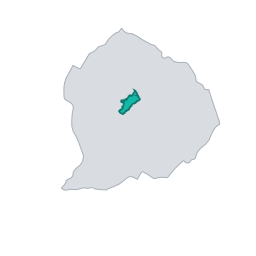 Mhondoro-Ngezi, Mashonaland West, Zimbabwe shown in context, rotated 299°
{"feature_id": "62879985B70697135902781", "entity_name": "Mhondoro-Ngezi", "entity_type": "district", "adm_level": 2, "iso_a3": "ZWE", "parent_name": "Zimbabwe", "parent_adm1": "Mashonaland West", "projection": "mercator", "projection_center": [30.094, -18.569], "detail": "fine", "context": "in_parent", "style": "filled", "palette": "teal", "viewbox_px": 256, "rotation_deg": 299, "n_neighbors": 0, "source": "geoboundaries", "source_scale": "gbopen_adm2", "svg_char_len": 5496}
<svg xmlns="http://www.w3.org/2000/svg" viewBox="0 0 256 256"><g transform="rotate(299 128 128)"><path d="M175.6,206.4L173.6,205.1L170.9,204.2L167.5,203.8L163.0,204.0L157.5,204.7L151.6,203.8L145.3,201.3L140.0,200.4L133.7,201.5L132.4,200.6L130.7,198.8L127.8,198.5L127.0,198.0L126.4,197.3L126.0,196.5L125.8,195.5L126.3,192.4L126.0,192.1L125.3,191.7L123.7,191.4L119.9,190.0L115.2,188.7L107.5,187.2L104.5,186.8L103.9,186.4L103.0,185.3L101.5,181.8L100.1,179.5L96.8,176.0L96.3,174.9L96.5,172.0L96.7,169.8L97.1,167.9L96.9,166.1L96.9,163.8L97.0,162.3L96.5,161.7L95.3,161.2L91.9,161.0L87.8,161.1L87.6,158.9L87.3,155.4L86.5,153.3L85.5,152.3L83.6,151.2L79.8,149.7L74.6,147.4L70.1,144.1L65.0,139.9L63.4,139.2L61.5,135.3L58.6,128.6L58.8,126.3L58.4,125.3L55.6,122.0L55.0,120.3L54.5,118.6L50.0,113.8L48.5,111.7L47.3,109.0L46.2,106.8L45.2,106.0L44.0,104.5L43.1,102.8L42.7,101.6L43.0,99.9L43.4,98.8L47.7,100.0L50.0,100.1L51.8,99.5L54.0,100.3L56.7,102.5L59.6,102.9L62.8,101.5L67.0,101.9L72.4,104.1L76.8,104.5L82.1,102.6L86.8,97.3L91.2,92.3L95.6,86.6L98.2,82.0L102.1,78.2L107.1,75.3L112.3,72.8L120.2,69.9L121.8,67.4L122.3,64.7L122.3,61.0L122.7,58.5L123.6,57.4L124.9,56.6L126.6,55.5L131.8,52.6L136.2,50.8L141.5,49.6L147.3,49.6L152.9,49.6L156.1,49.6L156.1,53.2L156.4,57.2L157.0,57.6L161.2,57.7L168.0,58.0L174.5,58.2L178.7,61.2L180.1,61.8L184.4,62.6L189.9,67.5L196.6,68.0L201.2,69.5L205.2,71.2L207.5,73.2L209.0,73.6L211.0,73.8L212.0,74.0L211.8,75.4L210.5,77.9L210.6,81.4L212.5,86.3L212.7,90.6L212.2,98.2L212.2,105.5L212.4,108.1L212.7,109.8L213.1,110.8L213.0,111.9L211.9,114.9L211.0,118.2L211.0,119.5L210.6,120.4L210.0,121.2L207.1,122.7L206.6,123.6L206.6,125.3L207.0,126.7L208.0,127.2L209.4,128.0L209.9,129.1L209.9,130.2L209.5,132.3L208.3,135.7L209.5,139.6L210.8,142.2L212.6,145.2L213.3,147.0L213.3,148.3L213.0,149.6L210.3,155.0L208.4,158.4L206.0,162.0L202.8,164.3L202.0,165.4L201.7,166.6L201.8,169.3L201.7,172.2L199.0,176.6L200.7,180.3L200.3,180.7L199.4,181.2L195.5,185.5L191.6,189.8L188.7,192.9L185.5,196.5L181.8,200.5L178.7,204.0L175.6,206.4Z" fill="#d9dde1" stroke="#a8b0b8" stroke-width="1"/><path d="M148.2,108.8L147.4,109.5L147.9,110.1L147.7,110.5L148.0,110.6L147.6,111.5L147.5,112.0L147.7,112.3L147.4,112.3L147.2,112.5L146.6,112.5L146.2,113.0L145.3,113.2L144.0,112.4L143.8,112.5L143.7,113.1L143.7,113.4L143.6,113.7L143.4,113.8L143.3,113.7L143.1,113.7L142.9,113.7L142.7,113.5L142.4,113.3L142.2,113.4L142.2,113.2L141.7,113.1L141.4,113.0L141.2,113.1L141.1,112.9L140.6,112.8L140.4,112.8L140.4,112.7L140.0,112.6L140.0,112.4L139.9,112.4L139.6,112.4L139.6,112.5L139.5,112.4L139.5,112.2L139.4,112.2L139.2,112.1L138.9,112.0L138.7,112.0L138.3,112.2L138.2,112.1L138.1,112.3L137.8,112.9L137.8,113.2L137.9,113.4L137.8,113.5L137.7,113.7L137.7,113.8L137.4,114.0L137.5,114.2L137.6,114.5L137.6,114.8L137.6,115.1L137.6,115.4L137.6,115.6L137.4,115.8L137.5,116.4L137.6,116.7L137.6,116.8L137.7,117.0L137.8,117.0L138.0,117.1L138.1,116.9L138.4,116.9L138.6,116.9L138.9,117.2L139.0,117.4L139.3,117.6L139.5,117.8L139.6,117.7L139.7,117.8L139.8,117.8L140.0,117.5L140.3,117.7L140.6,117.7L140.8,117.7L141.0,117.8L141.3,117.7L141.5,117.7L141.6,117.9L141.6,118.1L141.6,118.4L141.8,118.5L142.1,118.3L142.2,118.2L142.5,118.1L142.5,118.3L142.6,118.5L142.8,118.6L143.0,118.6L143.0,118.8L143.1,119.1L143.3,119.1L143.5,119.2L143.6,119.3L143.8,119.1L144.0,119.1L144.2,119.3L144.2,119.5L144.3,119.5L144.4,119.4L144.5,119.4L144.8,119.5L145.0,119.6L145.0,119.8L145.3,119.6L145.5,119.6L145.5,119.8L145.8,119.8L145.8,119.6L146.0,119.6L146.2,119.4L146.3,119.4L146.4,119.6L146.7,119.3L146.8,119.3L147.0,119.5L147.5,119.6L147.7,119.8L147.7,120.0L147.8,120.0L148.0,119.9L148.1,119.7L148.3,119.7L148.5,119.7L148.5,119.9L148.9,119.9L148.9,120.0L149.0,120.3L149.1,120.2L149.3,120.2L149.5,120.2L149.8,120.2L150.0,120.3L150.3,120.2L150.5,120.2L150.7,120.3L150.8,120.3L151.2,120.4L151.4,120.4L151.5,120.6L151.7,120.8L151.9,120.9L152.0,121.1L152.1,121.3L152.2,121.6L152.3,121.6L152.5,121.6L152.8,121.7L153.0,121.7L153.2,121.9L153.3,122.0L153.4,122.3L153.5,122.2L153.8,122.1L153.9,121.9L154.0,122.0L154.3,122.1L154.4,122.3L154.6,122.4L154.5,122.5L154.8,122.7L154.9,122.8L155.0,122.9L155.2,123.0L155.3,123.1L155.6,123.2L155.8,123.2L156.0,123.0L156.0,123.3L156.3,123.4L156.4,123.5L156.5,123.5L156.6,123.4L156.8,123.7L157.0,123.8L157.1,124.1L157.4,124.2L157.6,124.3L157.8,124.4L158.0,124.4L158.3,124.5L158.5,124.6L159.0,124.6L159.2,124.4L159.3,124.3L159.6,123.8L159.6,122.5L160.5,122.3L160.6,121.1L160.8,120.8L160.5,119.7L161.2,120.3L161.4,119.6L161.6,120.5L162.3,119.3L162.4,119.1L162.9,118.4L162.9,118.2L162.9,118.3L162.8,118.2L164.2,116.7L164.2,115.9L164.2,115.2L163.9,115.7L163.8,115.8L163.6,116.3L163.3,116.4L163.2,116.3L162.8,116.3L162.5,116.2L162.4,116.2L162.2,116.1L161.9,116.0L161.6,116.0L161.5,115.9L161.4,115.9L161.2,115.8L160.8,115.9L160.7,115.9L160.5,116.0L160.4,115.9L160.2,115.9L160.1,116.0L160.0,115.9L159.9,115.9L159.9,116.0L159.6,116.2L159.5,116.3L159.4,116.2L159.1,115.8L158.9,115.9L158.7,115.7L158.4,115.6L158.2,115.7L158.1,115.4L158.0,115.5L157.8,115.6L157.7,115.5L157.6,115.4L157.4,115.4L157.2,115.2L157.8,113.8L156.9,113.7L156.1,113.0L155.7,113.3L155.2,113.2L154.7,113.2L153.7,113.1L153.0,112.8L152.9,112.9L152.9,112.6L152.7,112.6L152.7,112.4L152.4,112.4L152.4,112.5L152.4,112.4L152.2,112.4L151.9,112.4L151.7,112.4L151.8,112.5L151.6,112.6L151.6,112.4L151.6,111.5L149.5,111.7L149.8,111.1L150.1,110.7L150.1,110.4L149.9,110.5L149.5,109.9L149.3,110.1L149.1,109.2L148.8,109.5L148.2,108.8Z" fill="#14b8a6" stroke="#0f766e" stroke-width="1.5"/></g></svg>